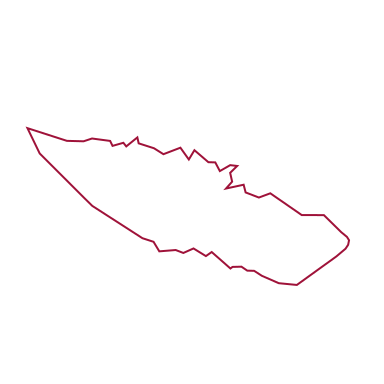 outline of Pasquotank, North Carolina, United States of America, rotated 334°
{"feature_id": "52423323B46156622998042", "entity_name": "Pasquotank", "entity_type": "district", "adm_level": 2, "iso_a3": "USA", "parent_name": "United States of America", "parent_adm1": "North Carolina", "projection": "robinson", "projection_center": [-76.265, 36.317], "detail": "fine", "context": "isolated", "style": "outline", "palette": "rose", "viewbox_px": 384, "rotation_deg": 334, "n_neighbors": 0, "source": "geoboundaries", "source_scale": "gbopen_adm2", "svg_char_len": 817}
<svg xmlns="http://www.w3.org/2000/svg" viewBox="0 0 384 384"><g transform="rotate(334 192 192)"><path d="M92.9,151.2L96.3,160.8L127.2,211.8L135.6,219.9L136.6,231.0L151.9,237.0L157.5,243.0L168.6,243.4L176.4,255.7L183.4,254.6L193.0,277.6L195.6,277.1L203.7,280.8L207.2,286.9L213.3,290.1L218.1,298.0L230.0,312.0L245.5,321.5L293.5,313.2L305.1,310.3L309.2,307.9L312.0,304.2L311.6,300.3L308.5,293.5L300.4,270.6L280.5,260.8L261.8,227.5L249.7,226.3L240.0,215.9L241.6,208.1L224.1,203.8L232.6,200.3L234.7,191.5L244.0,188.4L238.1,184.6L226.2,185.4L225.9,175.6L219.8,172.4L212.5,155.5L203.4,161.4L201.0,147.1L182.9,145.5L177.0,136.0L165.4,124.9L166.8,119.0L152.9,122.2L151.9,117.7L140.8,115.7L140.8,110.2L125.6,100.1L116.8,98.9L102.0,91.2L72.1,62.5L72.0,90.6L92.9,151.2Z" fill="none" stroke="#9f1239" stroke-width="2"/></g></svg>